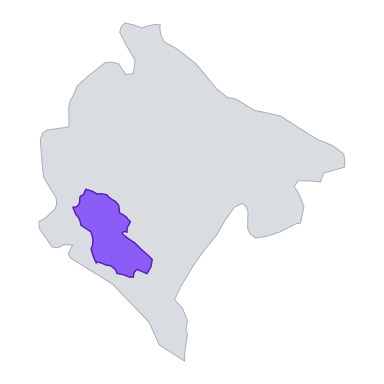 Cetinje highlighted on a map of Montenegro
{"feature_id": "MNE-1500", "entity_name": "Cetinje", "entity_type": "Municipality", "adm_level": 1, "iso_a3": "MNE", "parent_name": "Montenegro", "parent_adm1": "", "projection": "natural_earth1", "projection_center": [18.874, 42.501], "detail": "fine", "context": "in_parent", "style": "filled", "palette": "violet", "viewbox_px": 384, "rotation_deg": 0, "n_neighbors": 0, "source": "natural_earth", "source_scale": "10m", "svg_char_len": 2010}
<svg xmlns="http://www.w3.org/2000/svg" viewBox="0 0 384 384"><path d="M160.2,24.9L159.8,27.3L160.6,34.6L164.2,41.7L176.9,48.9L195.5,63.3L217.4,89.6L227.5,97.4L236.5,99.3L254.2,110.3L266.5,112.9L280.2,115.9L316.1,138.8L332.2,145.4L343.7,154.0L345.0,162.1L344.5,167.1L323.9,173.0L320.3,181.9L310.3,180.9L298.1,180.8L294.2,186.5L300.0,195.8L303.9,206.8L300.9,221.8L299.9,223.8L296.9,223.3L279.9,232.0L267.2,236.1L255.7,238.2L250.3,234.0L247.6,228.3L248.0,211.8L245.9,206.2L242.0,203.5L234.2,207.4L225.1,220.2L216.6,235.0L204.0,250.5L193.5,265.3L182.2,284.1L174.4,299.6L182.5,308.3L187.4,320.5L186.0,329.6L187.4,334.9L184.9,350.9L184.5,361.0L159.4,344.9L149.0,322.2L112.4,284.0L70.5,258.0L68.2,253.9L70.6,248.9L72.6,245.0L63.9,244.7L57.7,247.8L52.0,246.9L45.4,237.2L39.3,228.7L39.0,221.3L41.8,220.3L46.0,217.4L54.8,209.1L56.6,204.8L56.2,198.2L43.8,177.4L42.1,163.9L40.3,138.8L43.0,132.8L47.5,130.0L69.1,126.8L68.8,107.3L70.1,101.4L74.4,93.3L77.2,85.8L89.2,75.2L105.5,62.5L112.6,62.2L118.8,63.9L125.9,74.8L133.5,73.4L135.1,60.3L125.1,43.2L119.7,32.2L121.4,26.2L125.1,23.0L133.8,25.0L142.0,28.0L147.2,26.0L155.5,24.4L160.2,24.9Z" fill="#d9dde1" stroke="#a8b0b8" stroke-width="1"/><path d="M85.7,189.3L92.1,191.1L96.8,193.9L101.1,193.8L106.9,194.8L108.5,196.9L111.6,199.2L115.6,201.6L118.5,205.0L119.3,209.1L119.3,209.4L119.4,212.7L122.9,214.7L126.4,217.1L128.2,219.6L130.3,221.5L129.6,223.4L127.1,227.8L127.0,232.1L124.6,231.4L122.3,232.5L122.9,234.5L128.9,239.1L134.9,243.0L138.3,246.4L142.0,250.1L147.5,254.8L152.2,259.5L151.0,266.6L146.9,273.7L144.7,272.6L136.9,269.4L134.0,272.7L133.3,277.1L129.6,277.1L123.0,274.6L117.0,273.4L116.9,273.4L115.6,269.7L110.8,265.8L105.8,264.9L102.0,263.3L96.8,261.7L96.2,262.8L93.9,257.8L91.7,251.5L91.2,248.5L92.5,245.7L92.8,243.0L92.8,238.1L91.0,231.9L84.9,227.8L80.9,225.2L80.4,222.0L78.7,217.9L75.9,214.5L73.3,208.3L73.0,207.3L76.4,206.9L78.7,204.7L79.8,201.3L79.7,198.1L80.6,196.0L82.8,195.1L84.3,192.9L85.7,189.3Z" fill="#8b5cf6" stroke="#5b21b6" stroke-width="1.5"/></svg>